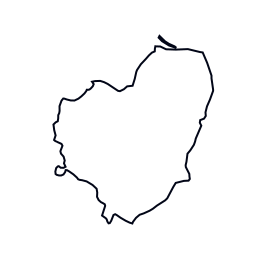 SVG path tracing the border of Lithuania, rotated 105°
{"feature_id": "LTU", "entity_name": "Lithuania", "entity_type": "country or territory", "adm_level": 0, "iso_a3": "LTU", "parent_name": "Europe", "parent_adm1": "", "projection": "mercator", "projection_center": [24.055, 55.152], "detail": "fine", "context": "isolated", "style": "outline", "palette": "ink", "viewbox_px": 256, "rotation_deg": 105, "n_neighbors": 0, "source": "natural_earth", "source_scale": "50m", "svg_char_len": 1935}
<svg xmlns="http://www.w3.org/2000/svg" viewBox="0 0 256 256"><g transform="rotate(105 128 128)"><path d="M92.6,174.7L91.2,171.9L89.7,167.0L89.9,163.0L90.7,159.0L94.7,147.2L94.5,145.3L91.6,142.0L88.0,139.6L86.0,134.5L78.7,134.2L71.8,134.5L69.7,134.3L63.1,132.1L56.8,128.7L52.5,126.6L49.0,124.4L47.1,122.0L44.1,122.6L42.0,122.7L42.0,122.3L40.9,118.0L42.1,111.6L39.9,102.1L36.3,90.6L36.0,78.2L35.7,75.4L44.6,68.4L55.8,60.9L58.4,60.2L68.7,55.8L70.1,55.4L79.4,56.2L86.7,57.3L92.8,57.2L96.2,56.0L99.3,57.0L101.7,60.3L104.3,60.0L106.8,57.8L120.6,59.8L123.7,59.7L127.2,60.0L133.6,62.1L137.4,63.9L145.5,62.8L149.0,62.7L150.8,62.0L156.5,56.9L158.9,56.1L161.2,55.1L163.2,55.9L164.6,60.3L168.7,67.7L173.2,69.0L185.8,71.9L188.3,73.4L195.4,79.9L199.6,83.1L202.3,85.7L206.4,90.7L208.8,94.3L212.7,97.0L217.4,98.9L219.1,99.1L219.0,101.8L218.2,106.2L216.6,112.0L215.0,116.4L214.6,118.1L215.8,119.5L222.0,120.2L224.6,121.0L225.1,122.1L223.7,123.7L221.8,124.9L220.9,126.1L219.3,130.4L209.1,129.9L207.7,130.7L207.1,132.7L206.6,135.0L205.2,137.7L202.5,140.1L198.3,141.0L194.8,142.6L192.2,147.5L190.3,154.1L190.3,158.8L190.6,161.4L190.4,162.9L189.1,164.5L186.9,168.8L185.2,173.5L184.5,176.1L184.8,177.3L186.8,177.3L189.6,178.3L191.1,180.2L191.7,182.4L191.7,184.7L191.2,186.0L188.9,186.9L185.3,187.0L183.3,185.9L182.8,185.0L183.8,182.7L183.1,179.9L181.6,178.3L178.7,180.7L175.8,180.7L172.3,182.8L170.1,186.1L167.9,187.3L162.1,186.7L160.6,188.1L159.4,194.9L158.7,196.3L153.9,196.0L149.2,198.7L143.9,200.9L141.2,199.3L139.7,197.6L136.8,197.9L133.6,198.7L131.5,198.3L129.2,198.5L124.6,199.8L118.8,199.3L116.3,198.2L116.1,197.2L116.3,194.5L116.2,190.4L115.3,186.8L112.5,183.5L109.6,181.3L105.9,179.0L103.2,177.9L101.7,177.7L101.4,176.3L100.8,175.2L99.5,174.2L96.8,172.8L94.5,172.5L92.6,174.7ZM32.8,121.8L30.9,121.4L34.7,114.7L36.1,110.3L37.1,104.1L38.0,102.1L38.0,105.0L37.7,109.7L35.3,117.6L32.8,121.8Z" fill="none" stroke="#020617" stroke-width="2"/></g></svg>